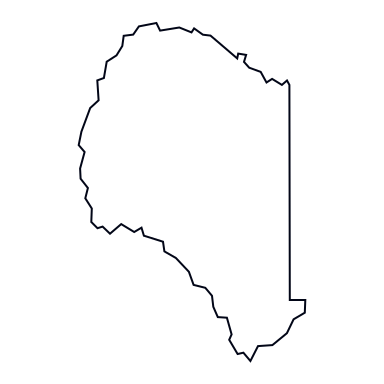 the district of Suwannee, Florida, United States of America
{"feature_id": "52423323B35502407860174", "entity_name": "Suwannee", "entity_type": "district", "adm_level": 2, "iso_a3": "USA", "parent_name": "United States of America", "parent_adm1": "Florida", "projection": "equal_earth", "projection_center": [-83.03, 30.162], "detail": "fine", "context": "isolated", "style": "outline", "palette": "ink", "viewbox_px": 384, "rotation_deg": 0, "n_neighbors": 0, "source": "geoboundaries", "source_scale": "gbopen_adm2", "svg_char_len": 891}
<svg xmlns="http://www.w3.org/2000/svg" viewBox="0 0 384 384"><path d="M81.4,131.7L78.7,145.1L84.6,152.0L80.1,168.5L80.6,178.7L87.9,188.0L85.3,198.3L91.8,208.5L91.3,222.0L97.5,228.2L102.6,226.6L110.0,233.7L121.2,224.1L134.2,232.0L141.5,227.7L143.9,235.7L163.0,241.7L164.4,251.4L175.9,258.0L188.9,271.8L193.6,284.9L205.3,287.8L212.0,295.8L213.3,306.8L217.8,317.1L226.9,317.7L231.6,334.4L229.2,339.8L237.6,354.0L243.4,352.7L250.4,361.0L258.0,346.1L272.4,345.1L286.9,333.2L293.6,319.3L304.8,312.7L305.3,300.0L289.8,300.0L289.4,84.9L287.0,80.5L281.9,84.9L272.1,78.9L266.5,82.5L260.7,71.9L249.2,67.7L244.0,61.9L246.1,54.9L238.2,53.6L237.2,58.4L210.5,35.6L202.9,34.7L194.1,28.4L191.5,32.4L179.3,27.5L160.1,30.6L156.4,23.0L138.9,26.4L133.2,34.6L123.7,35.8L122.3,46.0L116.5,55.4L106.7,61.7L103.9,78.0L97.3,80.4L98.6,100.3L90.2,108.0L81.4,131.7Z" fill="none" stroke="#020617" stroke-width="2"/></svg>